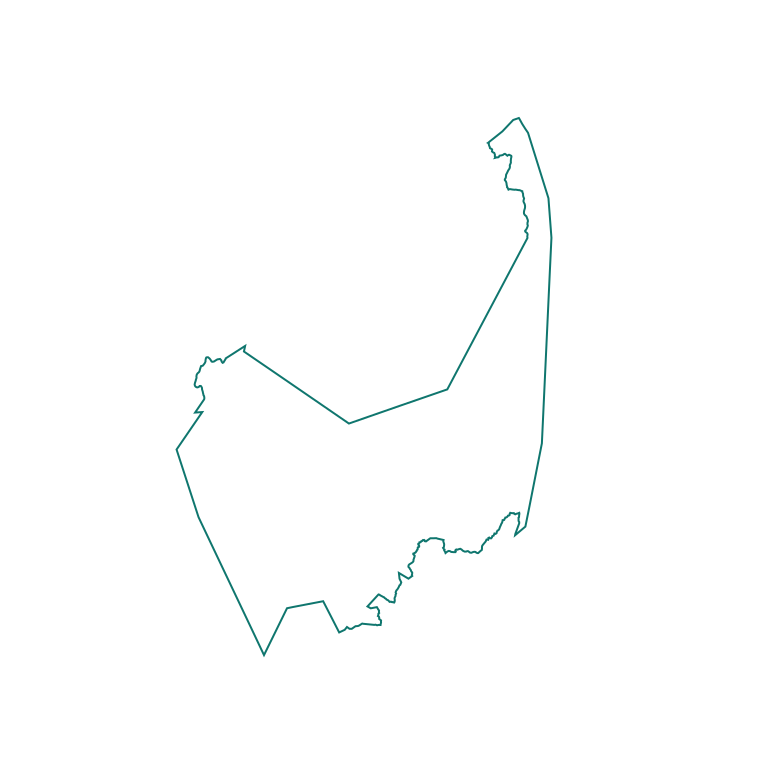 outline of Santa María Guienagati, Oaxaca, Mexico, rotated 19°
{"feature_id": "50627088B17469590564501", "entity_name": "Santa María Guienagati", "entity_type": "district", "adm_level": 2, "iso_a3": "MEX", "parent_name": "Mexico", "parent_adm1": "Oaxaca", "projection": "natural_earth1", "projection_center": [-95.328, 16.779], "detail": "fine", "context": "isolated", "style": "outline", "palette": "teal", "viewbox_px": 768, "rotation_deg": 19, "n_neighbors": 0, "source": "geoboundaries", "source_scale": "gbopen_adm2", "svg_char_len": 5966}
<svg xmlns="http://www.w3.org/2000/svg" viewBox="0 0 768 768"><g transform="rotate(19 384 384)"><path d="M438.4,99.6L434.5,96.7L430.0,93.1L425.7,89.2L424.9,88.6L420.2,92.3L413.7,106.6L413.0,107.7L405.1,120.1L404.1,121.8L403.8,122.2L404.8,122.4L405.0,123.2L405.2,123.5L405.5,123.9L405.8,124.4L406.3,124.9L406.8,125.4L407.1,126.0L407.4,126.5L408.1,126.7L408.9,126.6L409.4,126.8L409.8,127.0L410.0,127.2L410.4,129.0L411.8,129.5L413.0,129.6L413.5,130.2L414.1,130.9L414.4,131.5L414.5,132.2L414.7,132.7L415.4,133.4L415.3,134.1L416.1,133.6L416.8,132.9L417.9,132.7L418.4,132.2L418.7,131.7L418.9,130.5L419.6,130.1L420.4,129.7L421.8,128.8L422.5,127.7L423.4,127.0L424.6,127.3L426.3,128.0L426.6,127.6L426.8,127.3L427.3,126.7L427.9,126.5L429.7,126.8L430.0,126.8L430.5,127.6L430.7,129.5L430.9,130.4L431.4,132.2L431.9,133.4L431.9,134.1L431.7,136.2L432.2,137.3L432.4,137.9L432.5,138.8L432.5,139.5L431.9,141.7L431.6,144.5L431.3,146.3L431.8,148.4L431.9,148.8L431.9,150.0L431.6,151.1L431.9,151.9L432.9,152.5L433.6,153.1L434.4,154.2L434.9,155.3L435.5,156.4L436.2,157.3L436.3,157.9L437.2,158.4L438.0,159.3L438.4,159.7L439.2,158.9L440.2,158.6L441.6,158.4L442.6,158.2L443.9,157.9L445.5,157.3L446.8,157.1L448.1,156.9L449.0,156.6L450.0,156.6L451.0,156.7L452.0,156.7L452.5,157.8L453.2,158.4L453.6,159.0L454.0,160.1L454.5,161.1L454.9,161.7L455.5,162.3L456.1,163.1L456.1,164.2L456.3,165.7L457.0,166.7L458.2,167.8L459.1,169.1L459.7,170.5L460.0,171.8L460.1,174.5L460.4,176.1L460.9,177.3L461.3,177.7L462.2,178.4L464.0,179.1L466.7,182.3L467.2,183.7L467.1,184.5L467.6,186.3L468.3,187.1L468.5,188.5L468.3,190.9L468.0,192.2L467.6,192.9L467.6,193.4L468.1,194.0L469.0,194.3L470.3,194.8L471.0,195.6L471.3,197.0L471.4,197.6L471.5,198.0L472.1,199.2L445.6,368.5L406.9,398.8L391.4,411.0L379.7,420.2L363.7,432.8L303.1,416.0L272.7,407.6L241.0,398.9L240.3,393.2L226.0,411.3L226.1,411.9L225.5,414.5L225.2,415.9L224.5,416.5L223.2,415.7L222.5,414.6L220.8,413.7L218.4,415.0L217.0,416.7L215.9,418.1L214.7,418.8L213.7,418.9L212.0,417.5L210.8,416.7L208.9,416.0L207.7,416.5L207.3,416.9L207.3,418.4L207.6,420.0L207.9,420.8L207.8,422.3L207.3,424.1L206.6,425.8L205.2,426.6L205.2,429.8L205.3,430.8L205.4,431.4L205.3,432.6L205.0,433.4L204.3,434.5L203.9,436.0L204.1,437.7L204.6,438.8L204.8,439.9L204.7,441.0L204.9,442.2L204.9,444.4L205.1,446.1L205.8,447.2L206.8,447.9L208.1,448.1L208.8,447.9L209.6,447.3L210.1,446.6L210.3,445.9L211.1,445.6L211.7,445.6L212.4,446.2L213.2,447.0L213.7,448.3L214.5,449.4L215.1,450.2L215.7,451.3L216.4,452.3L217.0,453.4L217.8,454.0L218.3,454.9L218.6,455.5L218.9,456.5L218.9,457.2L214.7,472.5L221.3,469.7L209.2,513.5L252.0,570.3L265.5,584.1L338.2,658.3L358.8,679.4L365.3,627.6L370.7,624.4L397.2,609.2L411.5,622.9L422.5,633.5L426.9,629.2L428.1,625.8L431.1,626.7L433.2,626.0L435.9,622.3L436.6,622.0L438.2,621.3L439.2,620.4L439.8,619.6L441.4,617.6L442.4,617.5L453.3,614.9L454.4,614.3L456.0,614.4L457.2,613.6L458.5,613.2L459.2,613.0L459.0,612.0L458.9,610.6L458.5,609.7L458.2,608.5L457.3,608.2L455.9,607.7L455.6,606.6L454.9,605.6L453.8,605.4L453.8,604.0L453.5,603.1L454.0,602.1L453.4,601.3L453.3,600.6L453.1,599.9L452.7,599.5L452.1,599.2L451.2,598.4L449.9,597.3L444.5,600.4L440.8,599.7L447.3,584.8L448.4,584.7L449.3,585.1L450.3,585.2L452.6,585.6L453.7,585.7L454.4,586.2L455.5,586.4L456.1,586.6L456.6,587.0L457.7,587.1L458.5,587.2L459.4,587.7L460.2,588.2L460.9,587.9L461.4,587.5L462.0,587.7L462.9,587.6L463.2,587.3L463.7,587.3L464.3,587.4L464.8,587.3L464.9,586.6L464.8,585.9L464.8,585.5L464.5,585.0L464.2,584.0L463.8,583.4L463.7,582.7L463.7,582.2L463.8,581.6L463.9,581.0L463.8,580.2L463.5,579.5L463.7,578.2L462.9,577.4L462.8,576.3L463.0,574.9L463.5,573.9L463.6,573.4L463.8,572.5L464.0,571.7L464.2,569.3L464.8,568.6L464.9,565.9L462.1,563.1L459.6,557.8L470.5,560.1L473.2,556.3L472.5,555.7L472.5,554.7L472.3,553.9L472.0,553.0L471.2,552.6L470.7,552.2L469.7,551.0L468.7,550.4L468.1,549.7L466.9,549.2L466.4,548.4L466.3,547.3L466.6,546.4L467.5,545.3L467.9,544.8L468.7,543.8L469.2,543.0L469.5,542.1L469.4,541.5L469.1,540.6L469.1,539.4L469.1,538.3L469.1,537.3L468.9,536.3L468.6,536.1L467.7,535.8L467.0,535.3L466.9,534.8L467.5,534.4L468.0,533.6L468.5,533.4L468.9,532.5L468.9,531.9L469.2,531.5L469.2,530.3L469.6,529.7L469.6,529.0L469.2,528.1L469.2,527.4L469.9,526.9L470.2,526.3L469.7,525.1L469.1,525.0L468.4,524.2L468.5,523.8L468.8,523.7L469.0,523.2L469.2,522.6L469.1,522.1L470.0,521.8L470.2,521.5L470.4,520.5L471.2,520.0L471.3,519.5L471.7,518.8L472.3,518.8L472.7,518.4L473.1,518.5L473.7,519.3L474.2,519.1L474.9,519.2L478.0,514.8L483.9,512.7L484.7,512.8L491.1,512.1L491.3,513.5L492.2,514.7L493.0,515.8L493.3,516.7L493.7,518.8L493.2,519.7L494.2,520.5L495.1,520.8L495.0,521.6L496.5,522.9L497.2,523.8L498.5,521.7L499.7,520.7L501.1,520.6L502.2,520.9L503.4,520.6L504.4,520.4L505.5,520.0L506.3,519.7L506.4,518.9L505.7,518.3L505.7,517.7L506.2,516.9L507.3,516.8L508.4,515.9L509.7,515.0L511.1,515.2L512.9,516.0L514.8,516.2L516.2,515.7L517.2,514.9L518.1,514.7L519.0,515.0L520.3,515.4L521.6,515.1L522.9,513.9L523.9,513.3L525.2,513.0L526.2,513.4L527.3,513.5L528.1,513.2L529.5,510.6L530.5,509.1L530.2,507.6L529.8,506.6L529.5,505.3L529.8,504.0L531.4,499.8L531.5,498.6L531.6,497.7L532.2,497.5L533.2,497.4L533.2,496.6L532.8,495.6L533.5,494.9L534.6,495.3L535.5,495.1L536.0,494.0L535.9,492.6L537.0,491.7L537.1,489.4L538.3,489.4L539.0,488.4L538.8,487.0L539.0,485.7L539.7,485.1L540.2,483.8L540.2,482.8L540.2,481.4L540.4,479.6L540.5,477.6L540.8,476.8L540.7,475.5L540.5,474.1L541.2,473.9L541.7,473.4L541.9,473.3L541.9,472.5L542.2,471.5L542.2,470.8L542.8,470.5L543.5,469.9L543.9,469.0L544.1,468.1L544.9,467.7L545.4,467.1L545.1,465.6L545.3,464.7L546.1,464.7L546.7,464.5L548.0,464.2L548.8,463.8L549.3,464.3L550.5,464.5L551.3,463.7L552.4,463.0L553.8,461.8L554.3,462.7L554.4,463.6L554.6,464.5L555.0,465.9L554.7,466.7L555.2,467.8L555.5,468.9L556.0,469.9L556.8,470.5L557.2,471.8L557.0,482.9L557.2,484.3L564.1,472.8L561.7,454.7L552.6,388.7L507.1,233.6L494.7,191.2L479.0,154.8L438.4,99.6Z" fill="none" stroke="#0f766e" stroke-width="2"/></g></svg>